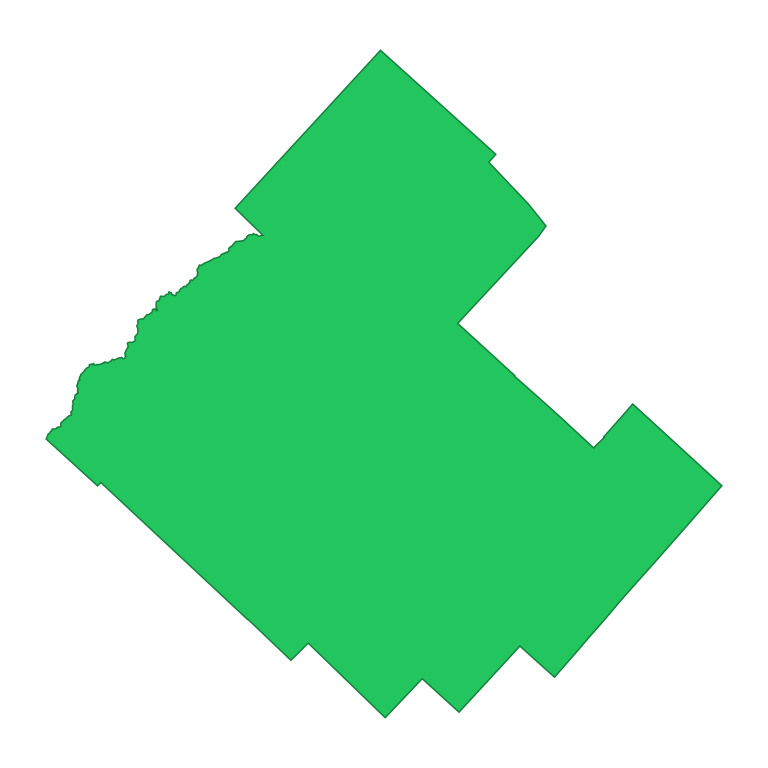 Ayacucho, Buenos Aires, Argentina (Natural Earth projection)
{"feature_id": "61730980B23914757099295", "entity_name": "Ayacucho", "entity_type": "district", "adm_level": 2, "iso_a3": "ARG", "parent_name": "Argentina", "parent_adm1": "Buenos Aires", "projection": "natural_earth1", "projection_center": [-58.84, -36.976], "detail": "fine", "context": "isolated", "style": "filled", "palette": "green", "viewbox_px": 768, "rotation_deg": 0, "n_neighbors": 0, "source": "geoboundaries", "source_scale": "gbopen_adm2", "svg_char_len": 5946}
<svg xmlns="http://www.w3.org/2000/svg" viewBox="0 0 768 768"><path d="M495.8,154.3L380.5,50.3L235.1,208.3L262.9,235.3L261.8,235.4L261.5,235.6L260.2,235.8L259.5,236.2L258.5,236.3L257.6,235.5L256.6,234.4L255.4,234.5L254.0,234.2L253.4,233.6L252.9,234.1L252.4,234.6L250.4,234.7L249.0,235.0L248.6,235.2L247.3,236.2L246.8,236.7L246.9,237.2L246.5,237.8L245.8,238.6L244.7,239.2L243.5,240.7L242.7,240.9L242.1,240.7L241.6,240.7L240.6,241.2L239.6,241.3L239.0,241.1L237.7,241.4L235.9,241.5L235.5,241.7L235.2,242.1L234.7,243.0L234.4,243.3L233.9,243.5L233.0,244.5L232.9,245.0L232.3,245.4L231.9,246.2L231.4,246.2L231.2,246.5L230.7,246.9L230.0,247.1L229.8,247.3L229.5,247.8L229.0,248.2L228.8,248.7L228.9,250.2L228.7,251.0L228.5,251.6L227.6,251.8L227.1,252.2L226.4,252.3L226.0,252.5L225.2,252.6L224.9,253.2L224.3,253.6L223.8,253.5L222.7,253.7L222.6,254.0L222.0,254.2L221.4,254.5L220.6,255.5L220.1,256.5L219.5,256.7L218.8,257.1L217.3,257.5L216.1,258.0L214.2,258.4L213.6,258.6L210.9,260.3L209.3,261.0L208.3,261.8L206.6,262.2L205.0,262.9L203.6,263.8L202.6,264.3L201.3,265.4L200.7,265.4L200.2,265.1L199.7,265.0L199.2,265.3L199.3,266.0L198.7,266.5L198.5,267.0L198.2,268.2L197.5,268.7L197.2,269.1L197.1,269.3L197.3,271.6L197.6,272.2L197.8,273.0L197.8,273.3L197.3,274.0L197.5,274.9L197.4,275.5L195.7,277.6L195.3,277.9L194.4,278.1L193.9,278.5L193.7,279.2L193.0,280.0L192.5,280.3L192.0,280.3L191.2,280.0L190.6,280.0L190.2,280.3L190.0,280.7L189.8,281.3L189.9,282.0L189.2,283.2L188.5,283.4L188.4,284.0L187.5,284.7L187.1,284.8L186.0,286.7L185.6,286.7L184.8,286.3L184.4,286.2L183.3,286.7L182.6,287.7L182.0,288.1L181.0,288.5L180.4,289.4L180.0,289.7L179.7,290.3L179.6,290.8L179.3,290.9L179.2,291.3L178.8,291.8L178.5,292.0L177.1,292.6L176.6,292.6L176.3,292.9L176.1,293.4L176.2,294.4L176.1,295.0L175.3,295.5L174.8,295.5L174.1,295.5L173.6,295.0L173.1,294.8L172.6,295.0L172.2,294.9L171.9,294.6L171.8,293.8L171.2,292.7L169.3,292.3L169.0,291.9L168.6,292.0L168.7,292.5L168.9,292.9L168.9,293.4L168.6,293.8L168.1,294.2L166.5,294.2L165.3,295.5L164.9,295.8L164.6,296.3L164.1,296.5L163.2,296.4L162.8,296.2L162.1,296.4L161.6,296.3L161.3,296.1L160.9,296.1L160.1,297.0L160.2,297.5L159.6,298.6L159.5,299.9L158.9,300.5L158.5,300.6L157.6,301.2L156.8,301.4L156.5,301.7L156.2,302.5L156.2,302.9L156.3,303.5L156.1,304.4L156.2,305.3L156.1,306.0L156.1,306.8L156.3,307.5L156.6,308.2L156.6,308.6L156.7,309.0L157.2,309.6L157.5,310.0L157.5,310.5L157.1,310.6L156.8,310.6L155.9,310.4L155.8,310.1L155.8,309.8L156.1,309.4L155.9,309.1L155.5,308.9L155.1,308.9L154.9,309.3L153.9,309.3L153.6,309.1L153.2,309.2L152.9,309.5L152.4,309.8L152.6,310.6L152.5,311.0L151.9,312.0L151.5,312.5L150.9,312.9L150.4,313.5L149.7,313.9L149.2,314.3L148.7,314.6L146.5,314.9L146.1,315.3L145.9,316.0L145.5,316.6L145.0,317.1L144.4,317.3L144.0,318.3L143.4,318.8L142.7,319.0L141.5,318.9L140.9,319.0L138.1,319.9L137.9,320.4L137.8,320.9L137.5,321.4L138.3,323.0L138.2,323.8L137.5,324.4L137.0,325.5L136.8,326.3L136.9,326.7L137.6,327.7L137.7,328.2L137.6,328.9L137.8,329.2L137.8,330.2L138.1,330.5L138.0,331.2L137.9,331.7L137.6,333.4L137.1,334.3L136.2,335.3L135.8,335.6L135.4,336.3L135.1,336.4L134.9,336.7L135.1,338.0L135.0,339.1L135.2,340.3L134.9,340.9L133.8,341.7L133.2,341.8L131.8,342.4L131.3,342.4L130.3,342.2L129.3,342.3L128.5,342.6L128.1,342.6L127.7,342.8L127.5,343.3L127.4,343.9L127.9,345.0L127.9,345.9L128.2,346.6L128.1,347.0L126.6,349.4L126.0,350.4L125.6,351.5L125.5,351.9L125.0,352.7L124.9,353.6L125.0,354.1L125.2,354.7L125.2,355.6L125.9,356.2L125.6,356.8L125.1,357.2L124.5,358.5L123.3,358.7L122.8,358.5L122.1,357.7L121.5,357.4L120.3,357.8L119.4,357.7L118.6,358.3L118.1,358.2L117.2,358.6L116.7,359.1L114.5,359.8L113.6,359.9L112.8,359.3L112.2,359.5L111.8,359.8L111.5,360.6L111.2,361.0L110.9,361.2L110.1,361.3L109.8,361.5L109.4,361.9L109.0,362.6L108.6,362.8L107.6,362.8L107.3,362.5L106.7,362.2L105.7,362.3L104.9,362.3L104.5,362.0L104.3,362.2L104.4,362.9L104.2,362.9L103.9,362.6L103.5,362.6L103.1,363.0L101.2,364.0L100.9,364.0L99.0,364.7L97.9,364.4L96.8,364.6L96.3,365.0L95.7,365.0L95.1,365.2L94.8,365.1L94.4,364.7L94.0,364.7L93.9,364.5L93.8,363.5L93.6,363.4L93.3,363.6L92.3,364.6L91.6,364.8L91.4,364.7L91.3,364.2L91.2,364.1L90.7,364.2L89.4,364.7L89.2,366.4L88.7,367.1L88.2,367.4L86.8,367.9L86.5,368.3L85.1,369.6L84.6,370.3L84.7,370.6L84.6,370.9L84.0,371.3L83.5,371.7L81.8,373.8L80.8,374.4L80.9,374.8L80.4,375.6L80.4,376.0L79.9,376.7L79.3,378.4L79.9,379.8L79.8,380.3L79.2,380.3L78.8,380.2L78.4,380.4L78.3,381.2L78.4,381.6L78.4,382.0L77.9,382.6L77.6,383.9L76.9,385.4L77.1,385.6L76.9,386.3L77.0,386.9L77.7,387.8L77.9,388.6L77.7,389.0L78.0,389.4L77.6,389.8L77.7,390.5L77.6,391.0L77.5,391.5L77.9,392.0L77.7,392.3L77.9,392.5L77.6,392.7L77.7,393.4L76.8,393.7L76.7,394.3L75.4,394.7L75.1,395.3L74.9,396.2L74.7,397.9L74.9,398.7L74.4,399.5L74.0,399.6L72.8,400.9L72.7,401.5L72.8,402.3L73.1,403.0L73.0,403.6L73.2,404.0L73.2,404.4L72.5,405.2L72.5,405.7L72.7,406.2L72.5,406.7L72.4,407.3L72.6,409.1L72.4,410.0L72.2,410.6L71.3,411.7L70.8,412.0L70.8,412.6L71.5,413.4L71.4,414.0L71.2,414.4L71.4,415.0L71.0,415.3L70.1,415.4L68.8,416.0L67.8,416.7L67.0,417.4L66.6,418.0L65.6,418.9L64.1,419.7L63.8,420.1L63.6,420.7L62.2,421.7L61.5,422.4L61.0,422.9L60.7,423.7L60.7,424.6L61.0,425.6L60.9,426.3L60.4,426.9L57.5,427.2L55.8,428.7L54.6,429.1L54.0,429.1L53.3,428.8L52.2,429.0L52.0,430.0L51.7,430.3L51.5,430.9L50.7,431.2L50.3,431.8L50.1,432.6L49.6,433.1L49.0,433.5L48.5,433.6L48.3,434.4L47.7,435.1L47.6,435.6L47.2,436.3L47.1,437.3L46.2,438.7L46.1,439.0L97.6,485.9L100.9,482.6L247.6,619.5L248.0,619.4L290.9,660.3L308.2,643.1L385.2,717.7L422.2,678.7L459.0,712.2L519.9,646.1L554.5,677.2L577.3,651.1L587.7,638.9L606.3,617.7L621.1,600.1L636.3,583.0L656.9,559.9L678.2,535.7L680.7,532.9L721.9,485.7L632.7,404.0L621.1,417.3L603.7,436.9L604.4,437.4L596.8,444.6L593.7,448.0L576.8,432.3L569.8,425.9L564.9,421.2L541.0,399.7L514.3,376.0L514.7,375.5L457.7,323.4L538.6,236.4L546.0,226.0L528.5,204.1L488.8,162.3L495.8,154.3Z" fill="#22c55e" stroke="#15803d" stroke-width="1.5"/></svg>